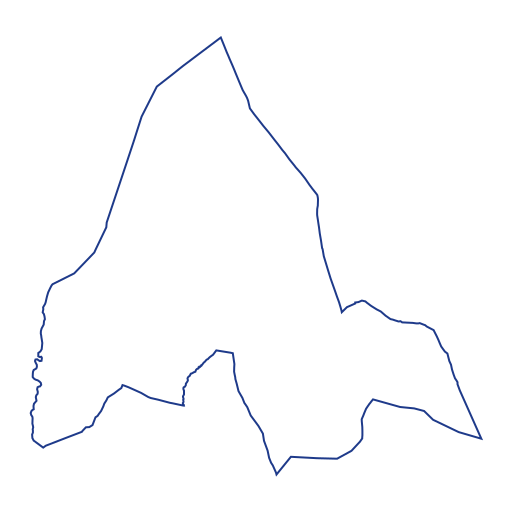 outline of Chalcatongo de Hidalgo, Oaxaca, Mexico
{"feature_id": "50627088B84584796932653", "entity_name": "Chalcatongo de Hidalgo", "entity_type": "district", "adm_level": 2, "iso_a3": "MEX", "parent_name": "Mexico", "parent_adm1": "Oaxaca", "projection": "natural_earth1", "projection_center": [-97.566, 16.998], "detail": "fine", "context": "isolated", "style": "outline", "palette": "blue", "viewbox_px": 512, "rotation_deg": 0, "n_neighbors": 0, "source": "geoboundaries", "source_scale": "gbopen_adm2", "svg_char_len": 4485}
<svg xmlns="http://www.w3.org/2000/svg" viewBox="0 0 512 512"><path d="M220.8,37.5L183.2,65.8L179.4,68.8L173.7,73.4L156.8,86.6L141.6,116.6L137.0,131.0L134.0,140.5L133.9,140.6L133.8,141.1L126.2,164.0L125.0,167.6L106.7,222.5L106.3,227.3L95.6,249.6L94.3,252.5L74.2,273.4L65.6,277.7L52.6,284.2L51.6,285.4L50.3,287.9L48.2,292.3L47.0,296.4L46.2,299.8L45.7,302.1L45.1,303.9L43.8,306.1L43.1,307.3L43.3,309.2L42.7,312.4L43.9,314.1L44.5,316.4L44.9,319.2L44.0,321.1L43.7,324.6L41.6,328.5L40.9,331.1L40.8,333.6L41.2,335.6L41.4,337.3L41.8,339.7L42.3,343.0L42.0,346.3L41.7,349.2L40.4,351.4L38.6,352.8L38.3,353.0L38.3,356.3L39.6,357.0L41.3,356.8L41.9,358.0L41.5,360.8L39.9,361.1L38.9,360.5L37.2,359.3L35.5,359.5L35.0,361.0L35.6,362.6L36.8,364.8L36.9,366.8L36.3,368.5L33.7,370.0L33.0,371.8L32.8,373.9L32.7,377.0L33.7,378.3L34.6,379.1L36.0,379.8L37.7,380.3L39.7,381.7L40.8,382.9L41.2,384.8L40.0,386.4L38.6,386.7L37.6,387.2L37.1,389.2L37.8,391.9L37.6,393.8L36.3,395.3L35.8,397.1L36.5,400.8L34.0,403.7L33.5,406.0L33.7,409.3L32.4,410.0L31.4,411.1L30.7,413.1L31.3,415.2L32.3,416.6L32.6,418.1L32.5,420.5L32.4,423.7L32.9,425.7L33.2,427.3L32.7,429.3L32.9,430.4L32.9,432.6L32.1,434.6L32.4,438.1L33.7,440.6L43.2,447.6L45.8,445.7L66.2,437.8L81.9,431.8L82.4,431.0L85.9,427.3L89.3,427.1L92.5,425.1L95.5,417.3L97.0,416.3L97.6,415.9L98.7,414.2L101.1,411.0L103.3,406.4L104.3,403.6L106.3,400.5L107.8,397.4L109.2,396.5L114.0,393.5L118.8,389.8L121.3,388.1L122.5,385.1L124.2,385.6L128.4,387.2L132.0,388.8L141.1,392.9L148.2,397.0L150.7,398.0L158.2,399.7L169.9,402.8L172.6,403.3L183.4,405.6L183.9,405.6L183.7,404.7L183.0,404.1L182.8,403.1L183.4,402.2L183.5,401.4L183.3,400.5L183.2,399.6L183.6,399.0L183.4,398.3L183.0,397.0L183.0,396.3L183.5,395.4L184.0,394.4L184.0,392.2L184.0,390.6L183.6,389.8L183.4,389.0L183.4,388.0L183.7,387.3L184.9,386.7L185.8,385.2L185.9,383.6L186.8,382.4L187.6,381.1L187.9,380.2L187.7,379.3L187.5,378.4L188.0,377.3L188.9,376.4L189.6,376.0L190.8,373.7L191.5,373.5L192.7,373.0L193.6,372.3L194.5,372.1L195.4,371.7L195.6,370.9L196.1,369.8L196.8,369.1L197.5,368.7L198.2,368.6L198.6,368.2L198.6,367.2L199.2,366.7L199.9,367.0L200.2,366.8L200.5,366.2L200.9,366.1L201.4,365.7L201.3,365.2L202.1,364.8L202.7,364.0L203.6,362.8L204.1,362.3L204.9,361.7L205.7,360.7L206.4,359.9L207.1,359.4L207.8,359.2L208.5,358.4L209.6,357.3L211.4,355.9L213.0,354.8L216.3,350.4L230.5,352.7L232.8,353.2L234.4,364.1L234.2,367.5L234.1,371.7L234.7,374.8L235.2,377.1L235.4,379.1L236.7,383.7L238.5,391.1L239.8,393.4L242.4,397.9L244.4,403.0L245.5,404.5L247.3,407.2L250.7,415.5L258.4,425.9L262.9,433.6L264.0,440.8L267.6,450.6L269.1,457.8L271.1,462.8L272.8,465.4L276.0,472.6L276.5,474.5L290.9,456.8L317.0,458.2L337.1,458.7L351.5,450.8L360.3,441.3L360.5,440.8L360.9,440.3L361.3,439.8L361.4,439.6L362.2,438.5L362.2,437.8L362.4,435.2L362.4,430.9L362.3,427.0L361.8,421.5L361.7,419.3L362.4,417.6L363.0,416.3L363.6,414.8L364.2,413.2L365.3,410.6L366.1,408.7L367.2,407.1L367.7,406.3L368.0,405.9L368.4,405.4L369.0,404.4L370.4,402.7L370.9,402.0L371.6,401.1L373.0,399.4L400.1,407.0L414.2,408.4L424.1,411.0L433.1,419.8L458.7,432.1L481.3,438.7L459.8,390.4L457.5,384.2L457.5,382.2L456.3,380.2L455.0,378.3L453.6,374.5L452.0,369.5L451.0,364.7L449.3,361.0L447.4,353.5L444.9,351.6L443.2,349.3L441.2,346.5L439.8,343.3L438.4,339.9L436.8,336.4L433.6,330.1L426.7,326.5L425.2,325.2L423.5,324.6L419.7,323.1L418.4,323.4L417.5,323.4L416.4,323.4L412.7,322.9L402.6,322.4L402.2,322.4L400.5,321.2L399.7,321.3L399.0,321.5L398.2,321.4L397.4,321.1L395.1,320.4L392.8,319.6L390.5,319.1L385.6,315.7L380.8,311.5L376.7,309.4L371.6,306.2L370.3,305.3L368.5,303.9L367.0,302.8L365.4,301.4L363.2,300.9L362.4,300.7L361.8,300.6L360.5,301.2L358.4,302.1L355.2,302.5L355.2,303.5L348.7,306.4L347.0,307.1L341.8,312.2L341.5,310.6L340.4,306.7L339.1,302.4L338.6,301.0L336.9,296.4L334.9,290.6L330.6,278.5L328.0,270.1L323.8,256.2L322.6,249.1L322.1,248.1L321.0,240.5L319.8,233.6L319.0,227.3L318.4,223.5L317.9,220.0L317.2,215.5L317.1,214.1L317.2,209.1L317.6,206.7L317.8,205.8L318.0,199.9L317.9,198.1L317.6,196.4L317.3,195.1L316.7,194.2L312.1,188.4L311.1,187.0L309.7,185.2L305.1,178.5L300.6,172.8L295.7,167.3L294.6,165.8L289.5,159.5L285.0,153.2L282.3,150.0L280.5,147.6L277.7,143.9L275.3,140.9L272.9,137.8L268.5,132.1L263.4,126.0L256.6,117.3L254.2,114.3L249.9,108.4L248.1,100.7L247.0,97.8L245.8,95.5L244.0,92.4L242.6,89.9L239.2,81.8L235.4,72.6L234.2,69.6L232.3,65.1L229.8,59.4L229.5,58.7L228.3,55.8L227.6,54.2L226.6,51.9L224.1,45.6L220.8,37.5Z" fill="none" stroke="#1e3a8a" stroke-width="2"/></svg>